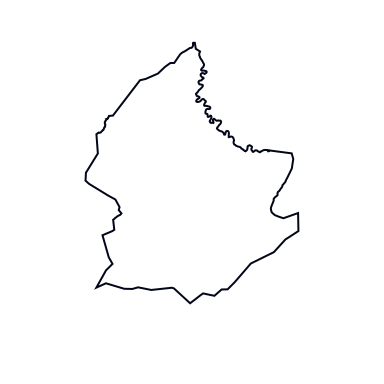 Galt, Hövsgöl, Mongolia, rotated 300°
{"feature_id": "93677404B44283034286627", "entity_name": "Galt", "entity_type": "district", "adm_level": 2, "iso_a3": "MNG", "parent_name": "Mongolia", "parent_adm1": "Hövsgöl", "projection": "natural_earth1", "projection_center": [100.238, 48.744], "detail": "fine", "context": "isolated", "style": "outline", "palette": "ink", "viewbox_px": 384, "rotation_deg": 300, "n_neighbors": 0, "source": "geoboundaries", "source_scale": "gbopen_adm2", "svg_char_len": 6005}
<svg xmlns="http://www.w3.org/2000/svg" viewBox="0 0 384 384"><g transform="rotate(300 192 192)"><path d="M277.4,103.2L266.7,95.3L262.8,91.1L218.6,85.3L216.4,82.1L216.1,82.2L215.9,82.3L215.4,82.2L215.2,82.3L214.5,82.1L214.1,82.3L213.8,82.1L213.7,82.1L213.5,82.3L213.3,82.2L213.0,82.2L212.9,82.2L212.6,81.7L212.4,81.6L212.3,81.4L212.2,81.3L212.0,81.7L211.9,81.7L211.7,81.6L211.4,81.7L211.1,81.6L210.8,81.6L210.5,81.5L210.3,81.6L209.9,81.5L209.6,81.6L209.3,81.5L209.0,81.7L208.6,81.7L208.4,81.9L208.2,82.1L207.7,82.3L207.5,82.5L207.4,82.6L207.3,82.8L207.2,83.0L206.9,83.2L206.8,83.4L206.1,83.5L205.6,83.9L204.8,83.8L204.4,84.1L203.8,83.8L203.4,83.8L203.1,83.9L202.8,84.0L202.6,84.1L202.3,84.2L201.7,84.0L201.3,84.1L201.0,83.8L200.6,83.8L200.5,83.7L200.3,83.7L199.8,83.7L199.0,83.3L198.2,83.3L198.0,83.2L197.6,82.9L197.4,82.5L197.0,82.3L196.9,81.9L196.7,81.6L196.7,81.4L196.3,81.3L196.0,81.0L195.5,81.0L195.1,80.7L194.3,80.3L178.3,91.2L155.7,90.5L148.6,94.1L147.6,98.7L147.0,121.3L147.2,129.4L142.7,136.8L139.7,137.6L138.2,141.5L137.7,141.3L137.0,141.5L136.5,141.3L134.8,140.2L134.2,139.9L133.0,139.2L132.3,139.1L131.3,138.5L129.7,138.1L129.0,137.8L128.5,137.6L120.4,143.6L118.1,142.4L109.8,136.1L93.8,152.6L90.0,159.1L81.2,156.7L61.4,157.0L69.9,163.1L74.3,181.7L78.2,188.8L82.5,193.0L86.8,205.7L99.0,222.4L99.5,224.5L94.7,246.0L106.9,251.0L109.7,252.3L113.3,263.3L122.4,266.4L125.5,271.5L135.3,274.1L159.5,278.7L180.9,293.0L197.5,296.6L211.4,303.7L226.8,294.4L215.0,284.3L214.0,279.5L213.4,275.3L214.0,272.1L214.4,271.0L215.1,270.3L216.0,269.4L216.9,268.7L217.4,268.4L219.4,267.9L225.2,267.1L226.9,266.2L227.2,266.2L227.8,266.3L229.0,266.5L230.1,267.0L231.8,267.6L232.4,267.4L232.9,267.2L233.2,266.9L234.0,266.6L234.4,266.5L235.0,266.4L235.9,266.8L237.0,267.1L238.3,267.1L240.7,267.4L241.6,267.5L243.1,267.0L247.3,267.8L247.8,267.8L248.8,267.5L252.1,267.4L262.1,266.7L262.5,266.6L271.2,263.2L275.3,259.0L267.0,239.0L267.0,238.6L266.3,238.5L265.9,238.3L265.3,237.6L265.4,237.4L266.0,237.1L266.3,236.7L266.0,236.2L265.6,235.6L265.4,235.0L264.6,233.7L263.9,232.9L262.8,232.3L261.8,231.5L260.8,231.3L260.4,231.0L260.2,230.1L260.4,229.6L260.2,228.7L260.4,227.6L260.3,227.0L260.0,226.4L259.7,226.0L258.8,225.6L257.7,225.2L257.3,224.9L257.2,224.6L257.5,223.9L257.8,223.5L258.2,222.4L258.7,222.0L259.2,221.8L260.2,221.7L260.9,221.5L261.2,221.2L261.3,220.9L261.4,219.8L261.3,219.3L261.4,218.8L261.3,218.5L260.8,218.2L260.3,217.7L259.9,217.6L259.6,217.4L258.8,217.6L258.2,217.9L257.5,218.1L257.2,218.4L256.8,218.5L256.3,218.6L254.8,218.4L254.5,218.0L254.0,217.9L253.9,217.3L254.1,216.2L254.1,215.6L254.3,215.2L254.4,214.5L254.3,213.4L254.3,213.1L254.7,212.4L254.9,211.9L254.9,211.5L254.9,211.0L254.2,208.2L254.1,207.3L254.1,206.9L254.3,206.4L254.4,206.0L254.4,205.5L254.3,205.1L254.3,204.8L254.9,203.9L255.6,203.3L256.2,202.9L257.0,202.8L257.6,202.7L258.3,202.0L259.2,201.1L259.6,200.5L259.8,200.0L259.9,199.5L259.9,199.2L259.6,198.1L258.9,197.4L258.3,197.0L258.0,196.7L257.9,196.4L259.1,195.6L261.0,194.8L261.6,194.4L262.2,193.9L262.4,193.6L262.7,192.8L262.7,192.4L262.4,191.8L261.9,191.4L261.0,191.2L260.1,191.4L259.2,191.8L258.5,192.0L258.2,191.9L258.0,191.7L257.8,191.3L257.8,191.1L258.1,190.7L258.5,190.4L258.8,190.1L259.1,189.1L259.3,188.1L259.3,187.5L258.8,185.3L258.8,184.5L259.0,183.7L259.1,182.6L259.4,182.0L259.7,181.7L260.2,181.7L260.9,181.7L261.7,181.9L263.6,182.0L264.5,182.4L265.5,182.5L266.1,182.5L266.7,182.4L267.3,182.1L267.6,181.7L268.0,181.2L267.9,180.7L267.5,180.2L267.2,179.1L266.4,178.3L266.2,178.0L266.0,177.5L266.1,176.3L266.3,175.5L266.5,174.7L266.3,174.3L265.3,173.9L264.4,174.4L264.1,174.6L263.3,175.6L263.0,175.8L262.7,176.0L262.4,175.9L262.2,175.1L262.0,174.6L261.7,174.5L261.4,173.9L261.3,173.2L262.0,172.0L262.4,171.9L265.2,171.8L265.7,171.7L266.7,171.3L267.1,170.9L267.5,170.5L267.5,170.2L267.4,169.9L267.0,169.6L266.5,169.5L265.7,169.0L265.1,168.5L265.0,168.2L265.8,167.3L266.4,167.0L267.1,166.5L267.2,166.2L267.2,165.9L266.8,164.8L266.8,164.4L267.0,164.2L267.8,163.7L269.2,163.2L269.6,163.1L270.7,163.1L271.1,163.3L271.5,163.7L271.9,164.2L272.3,165.3L272.5,165.5L272.8,165.8L273.2,166.0L273.6,165.9L274.2,165.7L274.5,165.4L274.6,164.2L274.5,163.9L274.2,163.0L274.1,162.2L273.8,161.4L273.5,160.8L273.2,160.4L272.9,159.8L272.9,159.5L273.2,159.1L273.7,158.8L274.7,158.7L275.8,158.7L276.9,158.9L277.1,158.9L277.4,158.7L277.6,158.4L277.7,158.0L277.7,157.4L277.9,156.7L278.2,156.2L278.2,155.9L278.2,155.4L278.1,155.0L277.5,154.5L277.0,154.2L275.6,154.0L274.7,153.7L273.6,152.9L272.9,152.1L272.5,151.2L272.5,150.8L272.5,150.5L272.7,150.3L273.0,150.1L273.7,150.0L274.3,150.0L274.8,150.2L275.3,150.5L276.8,151.2L277.2,151.4L277.5,151.3L277.9,151.0L278.0,150.1L277.9,149.3L277.6,148.7L277.6,148.4L277.7,148.0L278.3,147.3L278.6,146.6L279.0,146.4L279.5,146.4L280.9,146.9L283.9,147.1L285.6,147.8L288.3,148.4L288.9,148.4L289.4,148.3L289.9,147.9L290.0,147.4L289.8,146.9L289.6,146.0L289.0,144.6L289.1,144.3L289.5,143.6L290.1,142.9L290.7,142.6L291.8,142.6L292.4,143.1L292.6,143.4L293.1,144.0L293.6,144.4L294.8,144.5L295.2,144.6L295.5,144.9L295.9,145.2L296.2,145.2L296.5,145.0L296.7,144.7L296.5,143.2L296.6,142.8L297.0,141.8L297.2,141.3L297.7,140.9L298.2,140.8L298.8,140.7L299.4,140.9L299.8,141.1L300.1,141.4L300.5,142.3L300.6,142.8L300.6,143.8L300.6,144.0L300.8,144.1L301.5,144.3L302.1,144.7L302.5,144.8L303.0,144.8L303.6,144.4L303.7,144.2L303.7,143.6L303.4,142.8L303.3,142.1L303.0,141.4L302.4,140.5L302.0,139.8L302.1,139.1L302.3,138.8L302.9,138.7L303.6,138.7L304.4,138.8L305.8,139.2L306.3,139.2L307.3,139.1L308.0,138.9L308.5,138.6L309.0,138.0L309.6,136.9L310.5,135.6L311.1,134.5L311.5,133.4L312.2,132.2L312.8,131.4L313.3,131.0L313.8,130.1L314.9,129.4L315.8,129.0L317.7,128.7L317.9,123.7L322.6,119.9L322.0,118.6L321.8,118.4L321.6,118.4L321.4,118.4L321.1,118.6L319.9,119.4L319.0,119.8L317.7,119.8L316.8,119.6L316.1,118.9L315.9,118.3L310.4,115.5L308.6,114.3L307.3,113.6L305.4,112.9L294.9,112.1L292.8,108.7L286.7,106.0L277.6,103.3L277.4,103.2Z" fill="none" stroke="#020617" stroke-width="2"/></g></svg>